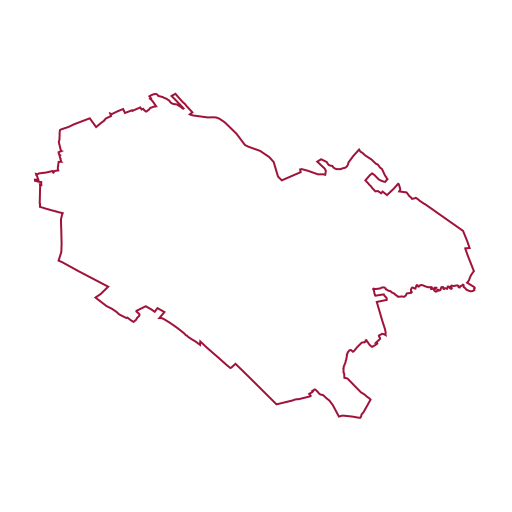 Ungureni, Botosani, Romania, rotated 177°
{"feature_id": "2599482B7783599693239", "entity_name": "Ungureni", "entity_type": "district", "adm_level": 2, "iso_a3": "ROU", "parent_name": "Romania", "parent_adm1": "Botosani", "projection": "equal_earth", "projection_center": [26.747, 47.904], "detail": "fine", "context": "isolated", "style": "outline", "palette": "rose", "viewbox_px": 512, "rotation_deg": 177, "n_neighbors": 0, "source": "geoboundaries", "source_scale": "gbopen_adm2", "svg_char_len": 6056}
<svg xmlns="http://www.w3.org/2000/svg" viewBox="0 0 512 512"><g transform="rotate(177 256 256)"><path d="M332.0,420.2L329.0,417.0L320.6,407.2L321.0,406.9L321.8,407.3L322.7,408.4L327.2,411.5L330.4,412.1L332.2,412.9L333.2,413.7L334.4,415.6L337.3,417.8L339.4,418.7L340.8,419.6L345.3,421.0L345.9,422.1L346.8,422.8L347.6,423.0L349.8,422.9L352.3,422.0L354.1,421.1L352.6,418.9L353.4,418.5L352.8,418.1L350.7,415.3L347.9,410.7L350.5,410.4L353.8,409.4L355.3,407.8L357.9,406.0L358.3,406.0L359.8,407.3L361.0,408.9L362.6,408.3L363.8,410.4L371.9,407.4L372.2,408.0L379.4,405.7L381.0,409.7L386.3,407.9L392.7,405.2L394.1,405.9L393.5,403.3L398.7,401.2L400.4,399.5L400.3,399.3L400.5,399.1L403.5,397.2L408.9,393.1L414.8,402.2L430.7,397.1L436.7,394.6L443.4,392.8L445.1,392.1L445.4,391.1L445.8,388.0L445.7,387.0L446.1,384.2L446.1,382.7L446.8,380.9L446.9,379.6L445.4,372.0L445.2,371.2L444.8,371.0L447.7,370.0L447.6,368.3L447.3,367.8L447.1,367.8L446.4,366.9L446.9,366.7L446.8,365.6L446.4,364.0L446.0,363.3L446.2,362.9L445.7,361.0L445.9,360.5L445.7,360.3L448.2,360.3L449.3,354.3L449.3,353.0L449.0,351.8L452.2,351.5L452.8,351.3L453.8,350.0L454.1,349.8L454.3,350.1L454.6,351.5L461.5,350.3L468.7,349.8L469.4,349.3L470.2,349.1L471.4,349.5L471.2,348.4L470.5,347.3L469.4,343.6L472.8,343.8L472.8,342.7L468.6,341.4L466.6,341.1L466.7,338.1L468.0,338.7L467.9,337.1L469.2,320.5L469.2,319.6L468.9,319.4L469.2,316.4L462.4,313.9L450.9,310.1L446.8,308.9L447.7,306.9L448.8,302.9L449.0,298.9L449.1,292.1L449.5,278.3L450.2,270.2L453.4,261.7L450.1,260.1L434.0,250.1L405.2,233.1L413.2,226.1L418.5,222.9L408.0,213.9L402.6,210.8L397.9,207.2L396.2,205.3L395.1,204.5L388.8,200.9L387.6,201.2L384.5,198.5L381.8,196.6L379.2,198.5L377.7,200.7L376.1,202.0L375.5,203.0L375.4,203.8L375.8,204.4L378.2,206.7L378.4,207.2L378.2,207.5L368.7,211.6L363.0,207.9L360.1,205.6L357.1,209.1L350.4,204.8L355.7,199.1L353.7,199.0L351.1,197.7L345.3,193.7L337.9,187.9L331.9,182.6L330.2,180.6L329.2,180.1L327.9,178.7L325.1,176.6L321.0,173.9L316.5,170.2L316.1,173.6L309.1,166.3L298.4,156.0L290.9,148.6L287.5,145.5L286.8,145.7L285.8,146.4L282.1,149.4L269.3,135.5L243.3,106.8L226.7,109.9L225.1,110.5L221.9,110.9L221.2,110.7L209.3,113.0L208.9,113.1L208.7,113.6L210.1,115.5L207.0,117.1L206.3,117.7L206.8,118.3L204.3,119.7L203.2,119.0L201.3,116.9L200.3,115.4L198.9,114.3L196.3,113.6L192.9,110.1L190.3,107.8L187.1,103.1L181.6,91.3L178.6,92.0L177.0,92.0L168.2,90.6L162.2,89.2L160.3,89.0L159.4,90.4L158.8,92.4L156.8,94.4L149.1,106.6L151.0,108.6L151.8,109.0L155.1,112.2L158.3,114.3L171.1,128.9L171.6,129.1L174.1,129.7L174.1,134.1L174.7,135.0L174.5,138.3L174.7,138.9L174.3,139.5L174.3,140.5L174.2,141.0L173.4,142.3L173.3,143.0L172.3,144.7L171.9,146.6L171.3,147.8L170.4,151.8L170.5,152.5L170.2,152.7L169.9,153.9L168.8,155.7L167.5,156.9L166.4,157.2L165.8,156.9L164.2,155.3L163.9,155.4L162.7,156.4L160.0,159.4L155.0,163.9L152.4,164.3L152.2,164.1L150.3,165.2L150.8,166.0L150.2,166.2L149.3,164.5L148.6,163.8L148.3,162.9L147.2,161.4L145.4,159.4L144.3,159.3L143.8,159.8L141.9,160.6L139.5,162.1L139.4,162.3L139.7,162.9L140.8,163.1L136.6,166.6L136.4,167.1L136.6,168.0L137.4,169.4L137.5,169.9L137.0,170.4L135.4,171.0L134.3,171.7L133.9,171.7L132.1,171.1L130.7,170.2L130.8,171.4L130.5,172.9L131.1,176.5L133.3,184.8L137.8,203.8L127.8,205.3L127.7,207.1L128.5,208.2L129.1,208.7L130.1,210.1L130.4,211.0L138.9,210.1L139.2,210.4L139.1,210.9L139.6,212.0L140.1,215.5L140.7,216.7L140.6,217.1L140.3,217.3L139.1,216.8L137.5,216.8L133.7,217.1L132.1,217.9L130.5,218.0L129.4,217.8L128.3,216.9L128.1,215.9L126.8,215.4L125.7,214.4L123.6,213.9L122.3,212.5L119.8,211.2L119.3,210.3L118.6,210.1L118.1,209.3L116.9,208.6L116.6,208.0L115.0,207.8L112.7,208.0L110.2,207.5L108.5,208.7L107.4,210.7L102.9,211.1L102.3,211.8L102.4,212.1L103.0,212.6L103.0,214.3L102.4,215.6L101.8,216.2L101.1,216.3L99.1,215.1L98.5,215.1L98.3,216.1L97.6,217.2L97.3,218.2L96.9,218.5L96.1,218.2L95.8,217.1L95.5,216.9L94.7,217.1L93.5,218.2L92.3,218.4L90.4,217.8L88.8,216.9L85.4,215.7L82.5,215.8L82.1,215.6L82.0,215.1L82.9,214.2L82.9,213.9L82.7,213.8L80.7,214.0L79.0,215.0L77.8,215.0L77.5,214.7L78.6,213.8L79.8,213.6L79.9,212.3L78.5,211.0L77.2,211.3L76.7,212.5L76.3,212.7L75.7,212.7L75.5,211.9L75.3,211.8L73.6,212.4L72.6,215.0L71.9,215.3L70.8,215.1L70.6,213.5L70.0,213.1L69.0,214.0L67.9,213.7L66.9,213.2L66.6,213.5L66.5,214.3L66.1,214.9L66.1,215.4L65.2,215.4L64.8,215.1L63.9,213.7L63.4,213.2L62.8,213.0L62.2,213.3L62.3,214.1L63.7,215.0L62.2,216.2L59.8,215.6L57.7,216.1L56.0,216.0L55.6,215.7L55.5,214.6L54.9,214.1L54.3,213.9L53.5,215.1L51.7,215.8L51.0,216.5L50.4,216.4L50.2,215.8L50.2,214.1L48.7,212.9L47.6,211.3L44.5,209.8L43.3,209.5L41.7,209.6L39.7,210.5L39.9,211.9L39.2,212.6L39.8,213.6L46.6,218.3L45.4,219.5L44.3,221.2L43.7,222.9L42.1,225.9L39.2,229.5L44.7,245.9L46.6,252.4L46.6,252.7L42.3,252.8L44.3,259.8L47.9,270.2L84.3,298.8L85.4,299.4L89.9,302.8L90.9,303.9L93.3,305.7L95.0,305.2L97.2,304.9L97.5,305.5L99.0,307.2L99.6,307.6L102.3,311.6L109.6,313.0L108.5,314.7L108.6,316.2L109.7,320.3L110.3,320.7L114.8,316.1L122.0,310.0L126.2,313.7L127.7,312.1L130.9,314.5L133.4,314.3L136.5,317.9L137.4,319.4L139.3,321.4L139.9,322.3L142.8,325.8L138.2,330.6L135.7,332.4L133.4,330.6L129.5,326.1L126.3,324.2L125.4,324.0L124.6,323.6L123.1,323.3L120.7,325.9L121.3,326.5L121.8,328.0L122.4,328.7L123.2,330.2L125.6,336.2L127.6,337.9L129.0,340.2L129.8,341.1L131.4,341.8L135.5,346.2L141.9,350.9L144.1,353.3L145.7,354.3L146.7,355.4L147.5,356.9L153.6,350.8L158.8,344.5L159.2,342.9L160.4,340.8L162.2,339.5L165.2,339.0L166.7,338.3L170.9,338.5L173.0,339.4L174.4,340.8L175.0,341.9L177.1,342.4L178.7,343.1L180.5,346.2L185.9,349.2L189.9,347.0L182.8,339.7L181.8,337.4L182.6,333.5L184.9,334.1L189.8,334.3L200.0,338.5L205.8,340.4L207.4,340.1L207.0,337.4L226.3,330.2L229.7,334.0L230.1,335.1L233.4,348.9L237.6,354.1L246.3,360.7L258.0,365.6L261.2,367.4L269.1,379.1L279.3,390.2L281.4,392.1L285.7,395.2L288.2,396.3L290.4,396.7L297.0,396.9L311.2,399.6L313.7,400.4L314.7,400.9L312.0,402.8L317.6,409.5L319.1,411.7L320.6,413.0L323.0,415.8L328.0,422.2L330.3,421.0L331.1,420.8L332.0,420.2Z" fill="none" stroke="#9f1239" stroke-width="2"/></g></svg>